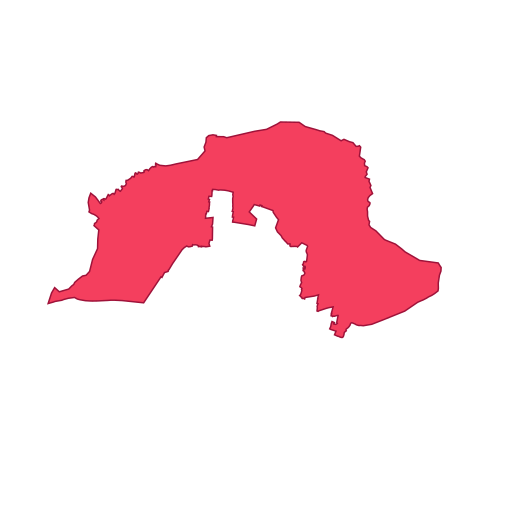 the district of Ungogo, Kano, Nigeria, rotated 31°
{"feature_id": "59680162B36976404849364", "entity_name": "Ungogo", "entity_type": "district", "adm_level": 2, "iso_a3": "NGA", "parent_name": "Nigeria", "parent_adm1": "Kano", "projection": "natural_earth1", "projection_center": [8.508, 12.042], "detail": "fine", "context": "isolated", "style": "filled", "palette": "rose", "viewbox_px": 512, "rotation_deg": 31, "n_neighbors": 0, "source": "geoboundaries", "source_scale": "gbopen_adm2", "svg_char_len": 6131}
<svg xmlns="http://www.w3.org/2000/svg" viewBox="0 0 512 512"><g transform="rotate(31 256 256)"><path d="M351.1,268.5L351.8,268.2L352.1,268.4L352.6,268.5L352.7,268.2L353.0,268.2L353.3,267.7L354.2,267.3L356.2,265.1L357.0,264.7L359.4,271.3L359.8,271.6L360.4,271.9L359.7,273.4L359.3,273.7L358.7,273.8L358.1,274.2L357.5,274.2L357.5,272.7L354.9,273.0L355.3,275.1L356.4,278.0L356.7,280.5L357.7,280.5L363.3,279.2L363.9,283.1L367.2,282.7L368.4,282.3L369.9,282.2L371.0,281.9L371.6,281.6L372.1,281.2L372.3,280.5L372.3,280.0L372.2,279.3L371.7,277.6L371.3,276.8L371.1,275.9L371.9,273.6L371.4,273.3L371.1,272.8L371.0,272.1L371.8,270.1L372.1,268.7L372.2,266.8L371.9,265.5L372.0,264.5L372.5,263.8L375.8,263.3L377.5,263.3L380.0,262.6L381.5,261.6L383.9,260.5L390.4,254.9L397.5,245.7L411.9,226.6L418.4,212.4L420.5,209.4L421.8,207.7L423.9,204.3L425.0,202.1L426.9,199.3L428.4,196.3L430.0,192.2L429.0,189.8L427.4,187.3L426.1,185.2L423.1,177.9L422.3,173.7L420.6,170.5L418.2,169.4L415.8,168.1L398.6,175.5L381.7,175.7L377.3,174.9L369.4,174.0L358.7,175.7L357.3,175.7L345.8,172.7L339.6,172.5L336.8,171.1L335.5,167.8L334.2,167.5L331.1,164.4L328.8,160.6L327.1,158.6L326.4,156.7L327.1,154.5L326.8,152.6L326.3,151.7L325.6,151.5L324.8,151.6L323.8,151.4L323.1,150.8L322.5,149.9L322.1,148.2L322.5,145.5L323.8,142.5L318.4,138.5L318.2,136.4L314.4,133.8L313.7,131.7L309.1,132.5L308.7,131.5L308.9,130.2L309.1,128.7L307.2,127.1L306.6,122.7L305.2,122.3L302.6,122.6L301.1,120.5L300.8,118.5L299.2,117.7L295.5,117.8L293.2,117.2L289.7,108.8L287.8,108.2L287.1,109.3L285.3,110.5L280.7,108.9L277.2,109.9L271.3,110.7L269.6,113.4L259.4,113.2L252.4,114.8L250.3,114.3L246.3,115.8L242.2,116.8L231.5,119.7L224.1,119.2L211.5,126.5L207.9,128.6L206.2,132.0L199.8,142.0L190.6,149.8L170.0,169.7L166.8,170.4L160.5,174.1L160.0,173.0L156.7,174.3L153.5,177.1L152.5,180.2L154.5,184.3L155.4,189.3L158.2,192.2L156.2,203.4L140.0,218.3L135.9,222.3L132.2,225.3L126.8,227.8L124.1,228.1L122.3,228.1L122.5,229.0L123.5,229.7L124.0,231.1L123.1,231.3L122.6,232.4L121.5,232.4L120.6,233.7L120.1,235.8L119.9,238.2L119.1,238.1L118.1,238.1L117.1,238.8L116.2,240.2L116.1,240.9L116.9,241.4L116.8,242.2L114.4,244.3L113.4,244.3L112.3,244.5L112.0,244.7L112.3,245.9L112.2,246.8L111.9,247.1L111.3,247.1L110.5,246.7L109.9,246.8L109.7,247.4L110.9,250.9L110.6,251.2L110.2,251.0L109.5,251.2L108.8,251.6L108.7,253.0L108.4,254.2L107.6,255.9L107.0,257.1L106.5,257.6L105.7,258.1L106.4,259.7L106.8,260.1L107.6,260.7L107.8,262.6L107.7,263.0L106.8,264.4L104.7,265.3L104.8,266.0L105.8,266.3L106.8,267.1L106.4,270.4L106.2,270.5L104.4,270.2L103.7,269.8L102.8,270.5L102.2,270.6L101.8,271.0L102.2,272.6L102.6,274.2L102.8,275.3L102.6,276.2L101.6,275.8L100.7,276.5L99.3,279.9L98.3,279.4L97.7,279.4L98.0,284.2L97.8,284.7L96.1,285.1L95.8,285.5L96.6,286.4L95.3,286.4L94.7,287.2L94.4,288.1L94.7,288.9L95.7,288.9L96.0,289.4L96.1,290.2L95.5,291.2L88.0,288.1L82.0,287.3L82.9,292.2L84.6,296.5L89.7,302.4L90.1,304.2L93.2,304.3L95.6,303.8L98.6,303.8L100.5,304.2L102.1,304.8L101.4,307.1L101.8,308.5L101.8,309.2L101.5,310.1L101.1,310.7L100.9,311.4L101.5,312.8L101.5,313.4L107.8,314.6L111.7,323.0L116.4,331.3L117.7,343.1L121.3,354.9L120.3,360.0L117.6,362.5L115.7,367.3L114.2,372.0L114.4,374.3L113.5,376.5L112.5,380.8L105.8,388.0L99.7,386.8L99.8,393.0L102.3,403.8L105.9,400.0L107.2,398.4L112.3,394.0L113.6,392.3L117.0,388.8L121.8,385.0L125.0,384.9L127.5,384.2L132.7,382.2L137.7,379.6L139.7,378.4L142.6,376.6L152.0,370.3L154.4,368.6L157.4,366.8L164.3,363.1L183.8,354.0L185.3,322.7L186.4,322.8L186.1,317.3L187.1,316.2L188.6,314.5L188.5,313.8L188.3,313.7L188.1,313.4L188.4,312.1L188.4,305.5L189.4,288.7L190.2,285.7L191.1,283.9L191.4,283.2L193.5,282.9L194.9,281.8L196.3,280.3L195.8,278.9L197.1,278.5L197.4,278.2L198.4,277.5L200.0,276.9L201.4,277.2L201.5,277.0L201.9,277.6L202.6,277.1L204.0,275.9L204.4,276.4L204.9,275.9L204.8,275.6L205.2,275.3L207.7,274.1L208.0,274.1L209.0,273.4L211.3,271.4L209.2,269.4L208.3,266.1L210.3,265.0L209.8,263.8L203.9,253.6L202.7,253.9L202.3,251.0L199.3,245.1L193.3,249.7L192.9,248.7L192.2,247.7L192.1,247.4L191.3,245.8L191.7,245.5L191.6,245.2L190.9,243.0L192.3,242.4L191.3,239.3L191.1,239.3L189.8,236.2L188.8,234.5L188.5,233.6L187.6,233.9L187.0,231.5L185.8,231.8L184.9,229.1L187.3,227.8L186.8,226.5L184.7,222.6L185.1,222.4L184.5,221.3L185.3,220.8L187.1,219.9L190.1,218.8L191.1,217.9L195.1,215.8L198.7,214.4L203.6,213.1L204.5,215.4L205.7,216.7L206.5,218.9L208.4,222.0L209.8,224.0L210.3,225.1L211.6,226.8L212.4,229.1L212.6,230.0L213.7,229.7L215.0,233.3L215.7,234.8L216.8,234.3L217.6,236.5L217.8,237.6L218.5,239.0L220.1,238.2L233.4,232.9L239.4,230.8L237.5,224.0L227.5,221.7L228.0,214.7L228.0,212.8L233.4,211.3L233.2,210.2L235.2,209.8L235.3,210.7L236.9,210.3L247.2,208.3L248.3,209.7L253.6,212.2L256.6,213.3L258.3,221.8L262.0,224.3L267.0,225.6L269.3,227.0L271.8,227.7L272.6,228.1L273.6,228.2L277.1,229.3L278.9,228.1L279.4,228.7L279.6,229.4L279.9,229.8L280.3,230.0L280.8,230.0L281.5,229.6L284.4,227.7L286.5,226.6L287.0,226.8L288.4,221.2L289.4,221.0L294.5,220.6L295.3,221.2L296.0,224.7L296.3,225.7L297.0,226.6L298.2,227.4L299.4,228.4L301.3,232.6L302.1,234.7L301.7,235.4L300.9,235.4L300.4,235.6L300.0,236.0L299.9,236.4L299.9,236.6L300.5,238.0L300.6,238.3L300.5,238.9L300.3,239.2L300.4,239.5L300.6,239.6L301.7,240.0L301.9,240.2L302.1,240.3L302.4,240.2L302.8,240.0L303.2,239.6L303.4,239.6L303.7,239.8L304.3,240.7L304.6,242.0L304.3,242.2L303.8,242.0L303.3,242.1L303.3,241.8L303.2,241.4L303.0,241.5L302.8,241.9L302.6,242.0L302.8,242.3L303.7,243.4L303.8,243.8L303.7,244.0L304.0,244.3L304.3,244.4L304.9,244.2L305.2,244.3L305.7,244.9L306.5,245.3L306.9,246.0L306.8,247.9L305.5,249.3L305.6,250.2L305.9,251.1L307.0,253.6L308.8,255.3L309.0,258.0L309.4,259.7L311.2,259.8L312.1,260.2L312.2,261.2L313.0,261.9L313.6,263.8L314.1,266.1L313.8,267.4L314.6,267.5L315.2,267.9L316.4,267.8L316.8,268.3L317.4,268.6L317.8,268.5L318.4,267.9L319.8,267.8L319.4,266.3L326.5,260.4L329.6,257.1L330.8,260.7L331.0,260.6L331.5,262.2L332.7,265.2L333.6,264.9L334.4,267.8L335.2,268.7L336.6,271.7L337.7,271.5L338.2,270.5L343.1,264.8L345.1,262.7L346.5,261.5L348.3,259.9L350.2,266.6L350.5,266.4L351.1,268.5Z" fill="#f43f5e" stroke="#9f1239" stroke-width="1.5"/></g></svg>